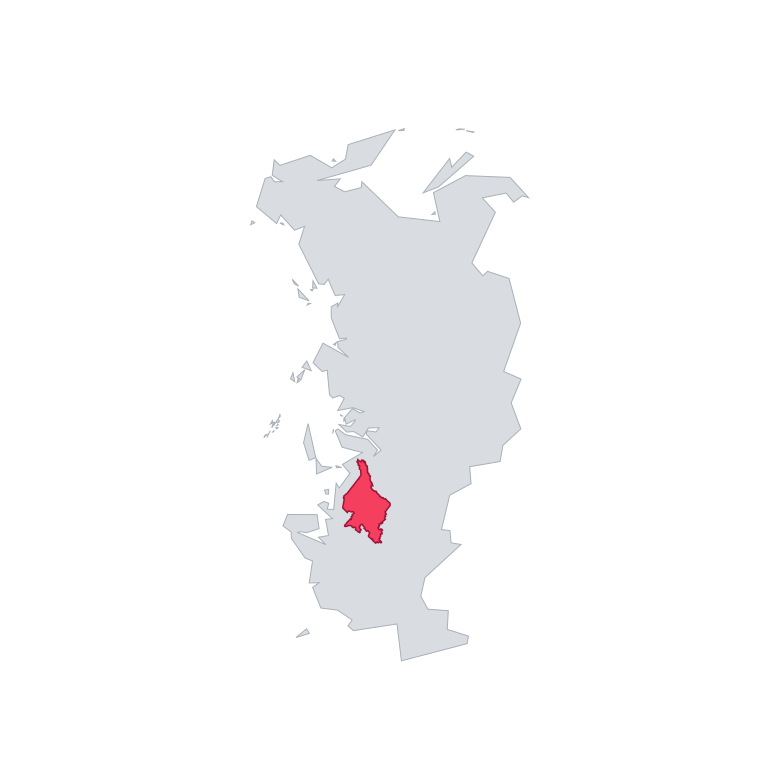 Komi on a map of Russia (Albers equal-area conic projection), rotated 307°
{"feature_id": "RUS-2383", "entity_name": "Komi", "entity_type": "Republic", "adm_level": 1, "iso_a3": "RUS", "parent_name": "Russia", "parent_adm1": "", "projection": "albers", "projection_center": [57.661, 63.82], "detail": "fine", "context": "in_parent", "style": "filled", "palette": "rose", "viewbox_px": 768, "rotation_deg": 307, "n_neighbors": 0, "source": "natural_earth", "source_scale": "10m", "svg_char_len": 9221}
<svg xmlns="http://www.w3.org/2000/svg" viewBox="0 0 768 768"><g transform="rotate(307 384 384)"><path d="M624.9,360.4L619.8,387.3L617.5,381.1L607.2,378.1L610.0,366.6L591.8,350.5L588.2,369.6L533.6,381.3L529.8,397.8L536.3,398.9L543.5,420.4L514.8,456.5L466.0,472.0L470.4,490.5L445.4,497.0L430.5,520.3L406.5,515.9L392.0,523.3L369.5,502.2L356.8,513.5L334.7,503.4L302.3,517.5L306.6,524.8L297.5,533.2L302.2,542.1L254.1,533.2L236.7,541.0L230.6,554.5L241.6,571.8L226.1,582.2L233.5,603.2L226.7,606.6L173.4,564.5L200.2,538.8L168.6,508.0L169.2,500.8L176.4,500.6L175.4,482.8L167.1,468.4L178.5,449.5L186.2,451.7L180.1,444.0L199.7,433.4L197.5,425.7L205.0,403.0L209.9,398.9L209.9,388.7L221.8,385.5L239.4,409.2L229.4,419.2L218.7,411.7L215.9,406.3L213.4,404.6L220.7,434.2L222.2,423.9L229.6,430.9L240.7,418.8L245.4,423.8L247.5,403.8L254.1,406.7L255.5,411.7L249.8,414.0L253.5,419.3L276.0,405.5L274.1,410.8L292.1,410.5L294.8,399.2L316.3,408.1L308.3,388.7L317.2,373.3L320.4,374.2L320.3,383.6L329.9,404.2L327.3,418.6L319.8,419.3L329.5,421.4L333.2,400.3L336.4,398.5L340.9,406.5L346.1,406.3L339.6,398.1L329.0,398.9L327.8,388.5L323.2,383.1L324.5,372.3L329.8,382.7L336.6,383.2L338.1,382.5L329.1,377.9L333.5,372.7L345.4,373.6L346.4,382.2L350.0,384.8L346.4,373.4L335.0,363.0L348.6,360.9L348.1,355.4L342.0,351.5L342.6,347.0L360.9,330.3L356.8,327.2L358.3,314.5L379.9,310.7L384.0,339.6L385.5,325.3L390.0,321.4L396.2,326.4L397.4,326.9L398.1,326.4L393.3,321.3L405.1,302.0L413.9,295.4L420.9,298.4L417.2,300.5L431.7,298.8L425.3,291.7L434.1,276.3L427.6,276.4L424.7,271.6L444.4,231.8L462.1,225.7L453.0,219.9L456.9,199.7L447.5,201.7L448.9,175.3L476.6,165.4L481.4,168.8L479.6,174.8L484.5,181.2L483.4,169.1L497.0,161.4L496.0,169.3L522.2,187.5L525.2,212.1L540.3,217.9L553.6,211.3L593.5,239.8L551.0,242.0L506.2,208.1L521.5,225.6L512.0,225.5L513.8,236.9L527.2,247.6L532.2,244.6L526.1,294.8L547.3,330.9L566.6,308.3L599.5,323.7L624.9,360.4ZM306.7,347.2L284.1,373.8L278.0,370.1L288.7,355.1L306.7,347.2ZM560.2,300.2L603.6,300.7L597.9,307.7L618.6,310.0L619.9,318.6L574.2,308.9L560.2,300.2ZM271.6,384.3L283.7,374.5L280.8,383.8L286.3,392.8L271.6,384.3ZM405.3,274.1L402.2,264.1L408.2,257.9L405.3,274.1ZM337.2,310.2L347.7,312.1L337.0,315.2L337.2,310.2ZM331.9,306.2L338.2,304.6L332.1,311.3L331.9,306.2ZM348.1,308.5L355.9,308.5L350.8,317.9L348.1,308.5ZM410.8,256.8L410.0,252.1L412.5,247.7L410.8,256.8ZM128.6,466.3L141.9,469.5L139.9,474.4L128.6,466.3ZM274.4,321.9L278.2,321.2L270.8,322.8L274.4,321.9ZM417.9,269.1L423.6,265.2L420.2,272.9L417.9,269.1ZM266.6,403.2L262.6,406.0L261.2,403.6L263.5,400.4L266.6,403.2ZM281.5,320.6L284.8,319.5L286.4,320.8L281.5,320.6ZM292.5,320.4L291.2,323.2L288.6,322.3L289.2,320.5L292.5,320.4ZM295.8,320.6L293.0,320.4L296.9,319.3L295.8,320.6ZM289.9,394.8L291.8,400.4L288.5,396.3L289.9,394.8ZM336.5,312.2L335.2,314.8L332.8,313.8L336.5,312.2ZM283.5,317.4L287.6,316.8L286.1,318.6L283.5,317.4ZM434.8,180.3L435.1,183.7L431.0,181.7L434.8,180.3ZM271.5,319.8L274.0,321.0L268.8,320.3L271.5,319.8ZM317.0,371.4L313.5,372.8L317.0,371.0L317.0,371.4ZM385.2,319.9L388.6,320.9L385.5,321.7L385.2,319.9ZM449.8,204.0L451.7,206.5L450.7,208.2L449.8,204.0ZM287.4,324.0L285.5,323.0L288.6,323.8L287.4,324.0ZM286.9,318.7L288.1,320.6L285.8,319.4L286.9,318.7ZM630.1,288.4L632.8,290.3L636.2,295.2L630.1,288.4ZM284.1,323.8L285.4,325.6L283.6,325.4L284.1,323.8ZM333.0,372.2L330.8,374.5L330.1,374.4L333.0,372.2ZM533.4,208.0L532.8,211.4L530.9,208.4L533.4,208.0ZM415.0,268.6L417.2,270.4L415.1,270.5L415.0,268.6ZM548.2,320.3L552.1,321.0L550.6,322.7L548.2,320.3ZM594.9,242.9L600.2,246.5L598.5,247.4L594.9,242.9ZM281.0,324.2L279.2,324.6L278.6,324.0L281.0,324.2ZM333.3,367.4L333.5,370.0L332.7,369.4L333.3,367.4ZM402.9,274.9L403.9,276.7L400.9,275.1L402.9,274.9ZM638.5,303.8L635.6,296.9L639.4,304.1L638.5,303.8Z" fill="#d9dde1" stroke="#a8b0b8" stroke-width="1"/><path d="M292.8,458.2L292.7,458.5L292.5,458.9L292.3,459.4L292.3,459.7L292.5,460.0L292.4,460.6L291.7,461.0L291.2,461.6L290.8,461.6L290.6,461.9L290.1,462.0L284.7,461.9L284.3,462.1L282.9,461.8L282.8,462.0L282.6,462.0L282.4,462.5L282.1,462.5L281.8,462.6L281.6,463.2L281.6,463.6L281.4,464.2L279.8,463.8L279.4,464.8L279.3,465.0L277.8,464.7L277.4,465.5L277.0,465.5L276.9,465.5L276.7,466.5L272.5,465.5L272.3,466.5L270.7,466.0L270.6,465.9L270.8,465.1L269.1,464.4L268.7,465.5L267.4,465.2L267.3,465.3L267.0,466.1L265.4,465.7L265.3,465.8L265.1,466.5L264.7,467.8L266.0,468.3L266.0,468.7L266.0,468.8L266.4,469.0L266.6,469.2L266.7,469.6L266.4,470.6L265.6,470.0L265.3,470.1L265.0,470.5L264.7,470.9L264.5,471.4L263.3,472.6L263.0,472.6L262.9,472.5L262.7,472.0L262.6,471.9L262.1,471.6L261.8,471.6L260.6,472.9L260.0,472.8L259.4,472.9L259.0,472.9L258.6,473.1L258.4,473.5L257.4,473.2L257.3,473.4L257.6,473.8L256.8,474.1L256.5,475.1L256.6,475.4L256.4,476.0L256.5,476.2L256.2,477.2L256.1,477.3L255.8,477.3L255.4,477.2L255.2,476.9L255.4,476.0L255.4,475.8L254.8,475.6L254.7,475.5L254.6,475.2L254.3,475.1L254.0,474.8L253.8,475.0L253.6,474.9L253.9,473.7L252.0,473.1L251.8,472.9L251.9,472.2L252.1,471.1L252.1,469.9L252.2,469.4L252.3,469.2L253.1,468.7L253.4,468.3L253.2,467.9L253.1,468.0L252.7,467.8L252.8,467.7L253.0,467.6L252.7,467.3L252.7,467.0L252.6,466.9L252.9,466.6L252.9,466.4L252.7,464.4L253.0,463.5L253.2,463.1L253.3,463.0L254.7,462.5L254.8,462.6L255.5,462.4L255.8,462.4L256.2,462.5L256.3,462.4L256.9,460.5L257.2,459.5L257.1,459.2L256.0,458.8L255.9,458.5L256.8,455.6L257.1,455.5L257.0,455.3L257.4,455.4L258.8,450.8L256.4,450.0L255.9,450.0L255.7,450.6L255.5,450.8L254.6,450.5L254.4,450.6L253.8,452.4L253.9,452.7L254.0,452.9L254.0,453.3L253.9,453.5L252.0,453.2L251.6,453.3L251.5,453.9L251.4,454.1L250.7,454.0L250.7,453.7L250.8,453.2L250.3,452.7L250.6,450.9L250.6,450.6L250.5,450.0L250.4,449.0L250.4,448.9L250.8,448.7L251.7,448.2L252.1,447.8L252.3,447.2L252.3,446.9L251.8,446.8L251.5,446.4L250.9,446.0L250.8,445.9L250.8,445.6L250.5,445.2L250.7,444.7L250.7,444.4L251.0,443.8L251.1,443.6L251.0,443.0L250.6,442.1L249.6,440.9L248.6,440.2L248.1,440.1L247.9,440.0L247.6,439.6L247.1,439.0L246.7,438.3L246.7,438.2L246.8,438.0L248.1,437.6L248.4,437.6L249.7,438.0L250.7,437.7L255.5,438.3L255.5,438.8L255.7,439.2L256.3,439.4L256.5,439.2L256.8,438.5L257.8,438.7L258.3,437.8L258.4,437.7L259.9,438.1L260.1,437.9L260.4,437.3L260.5,437.2L262.8,438.0L262.9,437.9L263.5,436.0L262.6,435.5L262.3,435.1L261.3,432.1L261.2,432.0L261.1,431.9L259.3,432.1L259.3,431.9L260.2,425.6L268.2,421.5L268.3,421.4L268.2,421.1L268.3,420.8L268.3,420.5L268.4,420.4L268.5,420.3L268.8,420.4L269.0,420.4L269.4,419.9L269.6,419.9L269.9,419.8L270.0,419.6L270.3,419.4L270.6,419.4L275.0,420.4L293.0,420.6L292.9,420.8L293.0,421.0L293.5,420.7L297.4,420.4L297.6,420.2L298.1,420.2L298.3,419.8L298.6,419.4L301.3,417.2L301.3,416.8L301.3,415.8L301.3,415.6L301.8,415.2L302.4,414.6L302.5,414.4L302.8,414.2L303.5,414.2L303.5,413.9L303.9,413.6L304.1,413.4L304.1,413.1L304.0,412.9L304.0,412.7L303.8,412.4L303.7,412.3L303.7,412.2L304.2,411.8L304.3,411.7L305.0,411.2L305.0,410.9L305.2,410.7L305.5,410.7L305.4,410.3L305.4,410.1L305.3,409.8L305.5,409.5L305.9,409.1L306.4,409.1L306.7,409.1L307.9,408.7L307.8,409.0L307.8,409.4L307.7,409.7L307.7,409.9L307.6,410.0L307.7,410.9L307.8,411.3L307.8,411.9L308.0,412.0L308.3,412.5L308.6,412.3L309.2,412.3L309.6,412.0L309.8,412.2L310.1,412.2L310.1,412.4L310.1,412.6L310.0,413.2L310.2,413.3L310.4,413.4L310.6,413.6L310.7,413.9L310.5,414.2L310.4,414.3L310.1,414.1L309.7,414.3L309.6,414.5L309.8,414.7L309.6,414.9L309.6,415.0L309.8,415.1L310.3,414.8L310.5,415.2L310.6,415.4L310.6,415.5L310.4,416.0L310.2,416.2L309.8,416.4L309.5,416.3L309.5,416.5L309.5,416.9L309.3,417.1L309.2,417.3L308.9,417.7L308.6,417.9L308.4,418.3L308.3,418.5L308.4,418.8L308.1,419.1L308.2,419.4L308.3,420.1L308.2,420.2L308.0,420.5L307.8,420.5L307.6,420.7L306.8,421.1L306.7,421.5L306.4,421.7L306.1,422.2L305.8,422.3L305.4,422.4L305.1,422.4L304.9,422.9L304.8,423.0L304.7,423.2L304.5,423.4L304.3,423.5L304.1,423.7L304.0,423.9L303.8,423.9L303.6,423.8L303.6,424.1L303.5,424.3L303.3,424.5L303.3,424.8L303.2,425.0L303.4,425.4L303.4,425.6L303.0,425.5L302.8,425.7L302.6,426.1L302.5,426.3L302.5,426.7L302.2,427.0L302.2,427.3L302.1,427.5L302.3,427.7L302.1,428.1L302.3,428.4L302.3,428.5L301.8,428.7L301.3,428.9L300.1,429.8L299.4,430.1L299.3,430.3L299.0,430.7L298.9,431.0L298.5,431.2L298.3,431.7L298.1,432.5L297.6,433.0L297.9,433.2L297.9,433.3L297.7,433.7L297.6,434.0L297.2,434.2L297.2,434.5L296.9,435.1L296.4,435.1L296.3,435.5L295.9,436.3L295.7,436.0L295.2,435.5L295.1,435.4L295.2,435.2L294.7,435.0L294.2,435.1L293.9,435.5L293.5,436.4L293.0,436.7L292.8,437.1L292.7,437.3L292.7,437.7L292.9,438.1L292.9,438.3L292.7,438.5L292.6,438.9L292.3,439.2L292.3,439.5L292.6,439.6L292.7,440.3L292.8,440.6L292.6,441.0L292.7,441.4L293.2,442.0L293.3,442.0L293.5,442.0L293.5,442.5L293.4,442.8L293.3,443.1L292.7,443.7L292.7,444.4L292.5,444.9L292.5,445.8L292.5,446.1L292.3,447.0L291.9,447.7L292.1,448.0L291.8,448.2L291.9,448.3L292.0,448.4L292.0,448.5L291.9,448.9L291.8,449.2L291.9,449.7L291.9,449.8L291.7,450.0L291.7,450.6L291.9,451.0L292.4,451.1L292.6,451.4L292.6,451.5L292.5,452.0L292.5,452.4L292.3,452.6L292.3,452.8L292.5,453.1L292.5,453.4L292.8,454.1L293.2,454.2L293.2,454.3L293.1,455.0L293.1,455.3L293.0,455.7L292.8,455.9L292.7,456.4L292.5,457.2L292.5,457.4L292.8,458.2Z" fill="#f43f5e" stroke="#9f1239" stroke-width="1.5"/></g></svg>